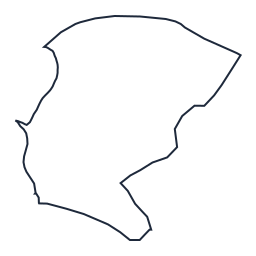 outline of Hwangju, Hwanghae-bukto, North Korea
{"feature_id": "82179303B1056018992840", "entity_name": "Hwangju", "entity_type": "district", "adm_level": 2, "iso_a3": "PRK", "parent_name": "North Korea", "parent_adm1": "Hwanghae-bukto", "projection": "mercator", "projection_center": [125.698, 38.725], "detail": "fine", "context": "isolated", "style": "outline", "palette": "slate", "viewbox_px": 256, "rotation_deg": 0, "n_neighbors": 0, "source": "geoboundaries", "source_scale": "gbopen_adm2", "svg_char_len": 1251}
<svg xmlns="http://www.w3.org/2000/svg" viewBox="0 0 256 256"><path d="M44.2,46.9L46.2,47.1L47.8,47.9L49.2,48.8L50.7,49.8L52.5,50.8L53.7,52.7L54.7,55.8L55.9,58.3L56.5,60.6L57.2,62.9L57.6,64.8L57.8,67.5L57.6,69.8L57.6,72.9L57.2,75.2L56.5,78.3L55.1,80.8L53.9,83.5L52.7,86.4L51.1,88.9L50.0,90.4L47.8,92.8L45.0,95.6L42.7,98.1L41.1,100.6L39.5,103.7L37.9,107.2L36.8,109.7L33.8,114.1L32.6,116.8L31.2,119.7L29.9,122.2L26.7,124.9L24.7,124.1L22.4,122.8L20.6,122.2L18.2,121.2L15.4,120.5L17.7,122.1L20.3,126.2L23.7,129.3L26.2,133.3L27.2,138.4L27.5,144.0L25.4,151.7L24.1,156.3L23.5,162.1L24.5,167.2L26.4,171.7L34.1,183.5L35.6,192.8L35.0,193.6L36.2,193.6L38.7,197.6L38.9,203.0L39.1,203.4L47.1,203.6L56.9,206.2L66.6,208.8L83.7,214.0L95.9,219.2L108.0,224.4L120.2,232.2L129.9,240.0L139.7,240.0L144.6,234.8L149.5,229.7L151.2,229.7L149.6,224.5L147.2,216.8L142.3,211.6L135.1,203.8L127.8,190.9L120.6,183.1L130.4,175.4L140.2,170.2L152.5,162.5L167.2,157.4L177.1,147.1L174.8,129.0L182.2,116.0L194.5,105.7L204.3,105.8L214.1,95.4L221.6,85.1L231.5,69.6L240.6,55.2L237.0,53.2L233.9,51.8L204.3,38.7L184.9,27.5L180.8,24.0L175.4,21.4L165.8,19.0L140.1,16.5L114.7,16.0L95.2,18.4L80.4,22.2L75.4,24.0L60.8,32.3L60.6,32.5L44.2,46.9Z" fill="none" stroke="#1e293b" stroke-width="2"/></svg>